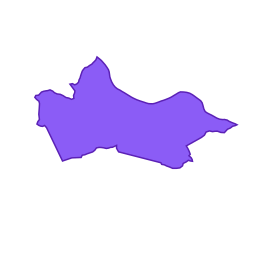 Lajeado, Tocantins, Brazil, rotated 115°
{"feature_id": "56859067B46594073985898", "entity_name": "Lajeado", "entity_type": "district", "adm_level": 2, "iso_a3": "BRA", "parent_name": "Brazil", "parent_adm1": "Tocantins", "projection": "robinson", "projection_center": [-48.308, -9.839], "detail": "fine", "context": "isolated", "style": "filled", "palette": "violet", "viewbox_px": 256, "rotation_deg": 115, "n_neighbors": 0, "source": "geoboundaries", "source_scale": "gbopen_adm2", "svg_char_len": 2164}
<svg xmlns="http://www.w3.org/2000/svg" viewBox="0 0 256 256"><g transform="rotate(115 128 128)"><path d="M162.1,202.0L185.6,173.4L178.8,166.3L174.5,158.0L172.0,158.0L170.5,155.8L168.8,154.3L166.8,152.2L164.6,149.9L162.2,148.7L159.4,148.2L157.8,146.0L157.0,144.1L156.3,141.9L155.7,139.0L154.4,137.1L152.9,135.6L152.0,133.9L148.6,131.0L151.1,129.9L152.4,128.2L153.6,126.4L145.6,83.6L146.7,82.1L146.0,79.5L146.1,76.9L145.8,74.1L145.7,70.5L144.1,67.1L142.2,64.1L139.3,62.6L136.8,63.0L134.0,60.8L131.8,59.7L131.5,57.5L130.9,55.5L129.4,56.6L128.2,58.3L127.4,61.0L125.5,60.5L123.1,62.9L121.3,65.1L119.6,67.6L105.4,57.4L102.2,55.7L98.6,55.5L96.2,52.9L95.6,49.9L94.2,47.8L93.1,45.5L92.8,42.0L91.5,38.7L89.3,38.0L87.1,37.3L84.7,35.2L82.2,33.9L80.5,31.8L79.0,30.6L78.9,32.6L79.1,35.1L79.2,37.4L79.2,39.5L78.9,41.4L79.5,44.1L80.4,45.9L81.3,48.7L81.5,51.8L81.2,55.1L81.0,57.8L81.0,59.7L80.9,62.6L80.5,65.0L78.7,67.3L75.9,69.6L73.8,71.5L72.6,73.6L72.1,76.0L71.6,78.6L71.0,81.5L70.6,83.7L70.4,86.7L70.9,89.8L71.8,92.6L73.1,95.7L74.7,97.2L76.7,98.5L79.5,100.4L81.5,101.7L83.6,103.4L85.1,104.8L86.4,106.0L88.0,107.6L89.5,109.3L91.3,111.0L93.1,112.8L94.4,114.2L95.6,115.8L96.4,117.6L97.2,119.6L97.6,121.8L97.8,123.8L98.1,126.1L98.4,128.6L98.7,132.0L98.7,135.3L98.6,137.8L98.3,140.4L98.0,143.0L97.6,146.4L97.4,149.0L97.1,151.1L97.0,154.3L96.3,157.0L95.1,159.5L93.1,162.3L91.0,164.5L89.4,166.0L87.4,167.3L85.1,168.8L83.5,170.3L82.0,172.6L80.4,175.4L79.1,178.3L78.1,180.6L77.4,183.1L76.7,186.1L79.6,185.9L81.7,186.5L83.5,187.2L85.5,187.8L87.8,189.4L90.0,190.5L91.5,192.5L93.9,193.2L95.9,193.5L97.9,193.3L100.6,193.0L102.9,192.6L104.9,192.7L107.5,192.2L109.8,193.1L111.4,194.6L111.3,197.1L112.8,199.1L116.8,191.8L118.8,191.2L121.5,191.1L124.1,189.6L125.9,191.3L125.9,194.3L126.6,197.1L126.1,200.6L126.1,203.6L127.1,206.7L127.1,209.6L126.4,211.8L126.4,214.8L128.0,216.5L129.3,218.5L130.4,220.0L132.0,221.6L134.2,222.3L136.0,222.9L137.5,225.3L139.6,225.4L140.7,223.0L141.4,220.0L143.3,218.5L147.8,216.7L153.3,214.6L155.4,213.3L157.7,211.9L160.3,212.4L162.9,212.2L163.3,210.0L163.2,207.9L162.6,206.0L161.0,204.7L162.1,202.0Z" fill="#8b5cf6" stroke="#5b21b6" stroke-width="1.5"/></g></svg>